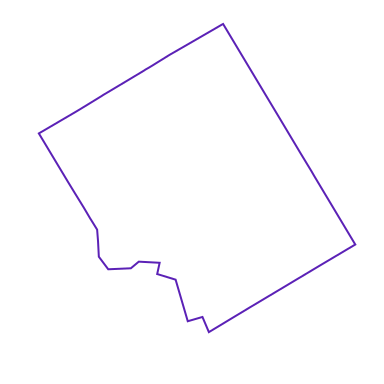 Johnson, Kansas, United States of America (Robinson projection), rotated 239°
{"feature_id": "52423323B40551839125356", "entity_name": "Johnson", "entity_type": "district", "adm_level": 2, "iso_a3": "USA", "parent_name": "United States of America", "parent_adm1": "Kansas", "projection": "robinson", "projection_center": [-94.748, 38.9], "detail": "fine", "context": "isolated", "style": "outline", "palette": "violet", "viewbox_px": 384, "rotation_deg": 239, "n_neighbors": 0, "source": "geoboundaries", "source_scale": "gbopen_adm2", "svg_char_len": 840}
<svg xmlns="http://www.w3.org/2000/svg" viewBox="0 0 384 384"><g transform="rotate(239 192 192)"><path d="M63.2,134.3L63.3,182.5L63.2,213.1L63.1,264.1L62.9,304.9L142.6,305.0L147.9,305.1L169.2,305.0L212.1,305.1L233.3,305.1L320.0,305.2L320.1,303.4L320.1,302.2L320.9,254.1L321.1,243.9L321.1,242.5L320.9,228.8L320.8,223.3L320.8,219.0L320.9,215.0L320.9,214.7L320.8,214.1L320.8,213.4L320.8,203.1L320.8,199.8L320.8,198.1L320.8,192.7L320.9,167.2L320.9,166.0L320.9,165.6L320.8,163.8L320.8,162.4L320.7,152.1L320.6,136.7L320.6,134.5L320.8,116.3L321.1,90.9L293.2,90.9L286.5,90.9L275.7,90.9L264.9,90.9L251.6,91.0L234.2,91.2L232.9,91.2L222.1,91.1L216.7,91.2L208.6,91.3L198.0,86.0L184.5,78.8L168.9,80.4L158.1,100.3L159.7,110.5L148.0,127.8L139.6,119.9L125.3,132.8L83.4,121.8L79.5,136.6L63.2,134.3Z" fill="none" stroke="#5b21b6" stroke-width="2"/></g></svg>